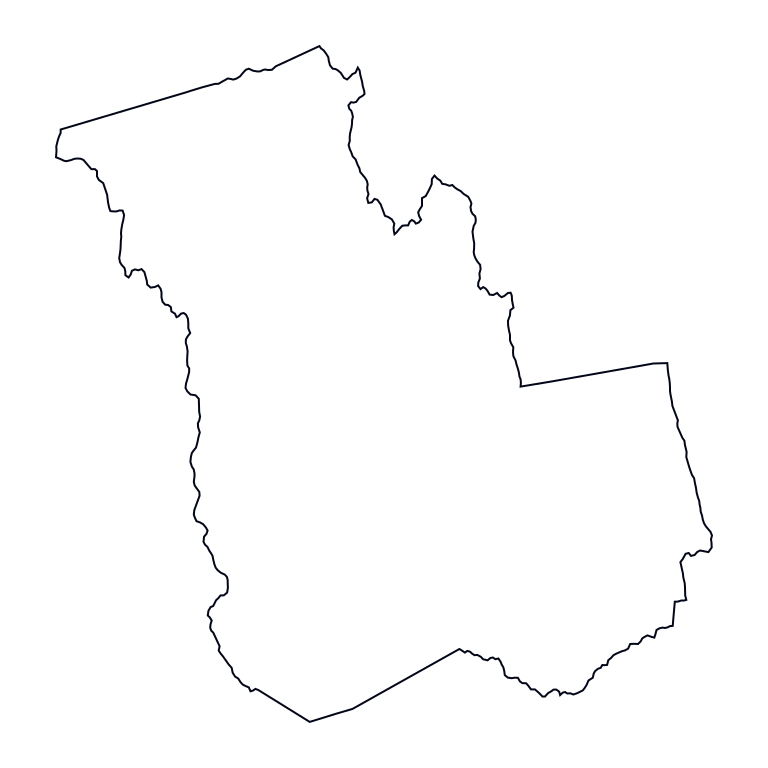 Oliveira dos Brejinhos, Bahia, Brazil (Equal Earth projection)
{"feature_id": "56859067B61513523876445", "entity_name": "Oliveira dos Brejinhos", "entity_type": "district", "adm_level": 2, "iso_a3": "BRA", "parent_name": "Brazil", "parent_adm1": "Bahia", "projection": "equal_earth", "projection_center": [-42.732, -12.256], "detail": "fine", "context": "isolated", "style": "outline", "palette": "ink", "viewbox_px": 768, "rotation_deg": 0, "n_neighbors": 0, "source": "geoboundaries", "source_scale": "gbopen_adm2", "svg_char_len": 6035}
<svg xmlns="http://www.w3.org/2000/svg" viewBox="0 0 768 768"><path d="M459.4,649.0L462.0,650.6L464.9,652.6L467.3,650.9L470.0,651.7L472.2,653.7L474.5,655.2L477.3,654.9L480.8,656.8L483.2,659.3L487.6,660.3L490.4,658.0L492.8,657.5L495.4,659.2L498.4,658.5L500.6,661.8L501.7,664.6L503.3,667.2L504.2,670.8L504.8,675.1L507.8,677.6L511.7,678.2L514.6,677.7L517.9,677.8L519.8,681.2L522.2,683.1L526.2,683.3L528.5,686.0L531.0,689.4L534.9,689.4L537.7,691.8L540.1,694.0L542.4,696.5L545.0,696.5L548.2,693.0L551.3,691.3L553.5,689.6L556.4,689.6L559.2,691.7L560.1,695.1L562.7,692.7L565.0,692.0L567.3,693.5L570.3,693.3L573.3,694.5L577.2,693.2L582.8,690.4L584.6,688.1L586.5,685.1L588.5,680.5L592.8,677.7L593.7,673.6L595.1,671.1L597.8,668.9L600.8,667.7L602.3,665.0L604.7,665.2L607.1,664.9L608.3,660.2L611.1,657.9L613.5,655.2L616.2,653.7L622.0,651.2L624.7,650.5L628.1,648.7L630.2,644.0L633.8,643.8L638.0,644.0L640.5,641.6L642.3,638.4L644.5,636.9L647.5,635.4L651.7,636.9L654.3,637.6L655.5,634.0L656.5,630.0L659.5,628.3L662.6,627.6L664.9,628.0L667.8,627.3L669.9,626.1L672.7,625.9L674.8,601.7L677.9,601.6L681.3,600.5L684.1,600.5L686.3,599.9L685.2,595.5L685.0,587.1L684.7,583.2L683.3,577.3L682.9,573.4L680.4,562.1L682.7,559.1L685.6,553.8L688.7,553.0L691.0,555.9L694.6,555.0L697.2,552.0L700.1,550.5L708.4,552.1L711.7,547.5L711.5,542.8L711.0,539.3L712.0,535.5L710.5,531.8L705.9,526.4L704.0,523.2L702.8,519.6L702.0,515.4L700.7,511.7L700.4,508.0L699.6,504.5L699.2,500.9L697.9,497.3L696.7,492.9L696.0,488.0L694.9,482.9L694.1,478.2L692.0,475.0L690.5,470.9L689.0,466.4L686.3,457.1L686.6,451.9L684.9,444.7L684.4,440.7L682.4,437.9L677.5,426.8L677.3,423.5L677.9,420.4L672.4,405.9L671.9,401.5L670.4,394.0L670.0,390.9L670.0,387.2L669.7,382.4L669.2,378.6L668.5,375.3L667.8,369.6L667.3,363.1L653.4,363.5L552.6,381.3L520.6,386.6L520.9,382.8L520.6,379.3L519.5,376.7L518.9,372.6L517.9,368.7L516.4,364.1L515.6,360.6L513.4,356.2L513.0,352.2L513.3,347.2L511.1,343.4L510.0,340.4L510.0,335.0L508.9,330.0L508.1,325.2L508.0,320.7L509.9,315.6L510.4,310.2L513.5,307.7L512.8,304.4L512.0,300.1L511.8,295.7L510.6,292.7L507.9,293.0L504.4,295.9L501.6,297.2L499.5,295.7L497.1,293.0L493.3,295.0L489.6,294.6L487.6,291.0L485.6,288.5L483.2,287.1L480.5,289.1L478.1,286.0L478.3,282.6L479.9,278.5L479.4,273.5L480.6,269.1L480.1,264.8L477.7,262.0L475.7,258.8L474.3,255.4L473.7,252.2L474.1,248.3L474.2,243.3L473.3,238.2L472.5,231.7L473.7,225.9L475.5,222.7L475.8,219.4L475.1,216.2L472.5,213.8L471.1,211.1L470.5,207.2L471.4,203.5L470.4,200.8L468.2,196.8L463.6,193.9L460.7,191.1L457.2,189.2L454.6,187.3L452.3,185.0L449.4,185.8L445.7,184.4L442.2,183.8L440.3,180.6L437.4,178.7L434.5,175.6L431.9,179.0L431.7,184.1L430.1,187.7L428.2,191.6L425.7,196.1L422.0,198.1L422.0,205.9L419.7,209.4L418.2,212.3L419.1,216.0L421.1,219.8L418.7,222.5L415.9,223.6L414.1,221.2L411.8,220.0L409.8,221.6L408.1,225.4L405.5,225.4L402.3,225.7L399.1,229.2L396.4,232.6L394.5,234.2L393.8,230.7L393.6,227.3L394.3,223.6L391.9,219.4L388.2,217.0L384.9,215.8L383.5,211.9L380.7,204.4L377.4,199.8L374.5,198.9L371.8,202.4L368.3,202.9L367.1,198.2L368.5,194.1L367.4,190.5L367.2,187.4L367.7,184.4L366.9,180.9L365.1,177.9L360.2,172.0L359.4,168.3L357.6,164.8L355.6,159.4L352.7,156.4L351.2,152.2L349.8,149.2L348.6,145.0L349.8,140.9L349.7,137.3L350.0,133.7L351.5,127.5L352.0,123.9L352.1,120.1L352.9,116.9L352.2,113.5L351.2,110.7L349.3,108.8L348.4,105.4L351.0,102.2L353.6,102.6L356.2,101.9L359.3,97.7L362.5,95.9L364.5,94.0L364.2,90.9L362.8,86.2L362.1,81.8L360.3,74.9L359.6,70.5L357.8,67.6L355.5,72.7L352.4,74.1L349.9,76.9L347.1,79.5L344.0,77.9L340.8,72.9L337.6,70.2L335.4,69.0L332.7,68.7L330.0,65.3L328.8,60.9L328.3,57.2L326.0,53.5L323.7,50.4L321.0,48.4L319.4,46.1L275.8,66.3L271.9,69.8L267.9,70.0L265.1,69.5L262.8,70.0L260.5,71.3L257.6,71.5L253.0,70.7L248.8,68.7L245.8,69.8L243.1,72.7L240.0,76.4L236.5,78.6L233.1,79.6L230.5,78.9L227.7,78.5L224.8,80.2L222.2,81.6L218.5,83.8L214.9,83.9L202.6,87.2L191.4,90.6L186.2,92.3L60.7,129.5L60.6,133.1L59.1,136.3L58.0,139.5L56.3,146.3L56.5,151.1L56.0,157.3L60.4,159.0L64.1,160.8L66.5,161.2L71.3,160.0L74.1,158.9L77.1,158.5L80.5,158.7L83.4,159.9L91.3,169.1L94.9,169.1L97.0,171.0L97.0,176.4L98.8,179.9L103.2,183.1L107.1,194.7L108.1,202.8L109.2,207.9L110.4,211.1L113.4,211.4L116.7,211.4L119.6,210.4L122.6,210.6L124.1,215.0L123.3,220.0L122.2,224.4L121.3,229.7L121.0,233.5L121.3,236.7L120.9,240.3L120.5,249.1L119.9,253.8L119.2,258.1L120.0,262.2L121.6,264.8L124.5,268.0L125.3,271.3L125.4,275.2L128.6,277.5L130.8,274.3L131.9,270.8L134.9,269.4L138.4,270.3L141.5,269.1L144.4,272.1L146.8,280.9L147.2,284.5L150.7,287.6L154.8,287.0L158.2,285.4L160.6,288.8L161.5,292.1L161.5,297.4L162.6,301.8L165.2,304.7L168.1,305.0L170.8,307.0L171.4,311.4L175.0,313.7L176.5,317.2L178.6,316.2L180.9,313.7L183.7,313.0L186.1,314.8L187.9,318.7L188.3,323.1L188.3,328.3L190.2,333.1L187.4,336.7L185.9,339.4L185.8,343.0L186.9,346.6L187.6,351.4L187.3,356.0L187.1,360.3L187.4,365.6L189.2,368.5L189.1,372.2L187.5,378.5L186.0,383.7L185.5,387.9L187.3,391.4L190.5,394.5L195.6,395.3L198.8,398.8L199.2,412.0L200.1,416.6L199.3,420.3L197.9,423.3L198.1,427.3L199.8,432.4L198.5,437.1L197.4,442.5L196.0,447.6L193.7,450.4L191.8,453.1L190.9,457.0L190.4,462.0L191.9,466.6L193.7,469.4L194.5,473.2L194.5,476.4L193.8,481.9L194.7,485.5L196.5,488.1L199.3,491.9L199.6,495.7L194.3,510.1L193.8,514.7L194.8,517.5L196.5,521.2L200.0,522.4L203.1,524.2L205.9,527.5L207.6,530.6L206.4,534.0L204.1,536.6L203.5,541.7L205.0,544.7L207.4,546.8L209.3,550.7L211.2,553.5L212.6,556.0L213.3,559.9L214.4,564.3L215.7,567.7L217.6,570.1L220.7,572.7L224.8,574.6L226.9,576.9L227.7,580.1L227.7,583.3L227.9,587.9L227.1,592.6L223.9,595.3L220.4,595.5L218.4,598.1L216.1,600.2L213.2,606.0L210.6,607.1L208.4,610.9L207.8,615.5L209.8,617.4L211.7,620.5L210.5,624.5L210.2,627.7L211.2,630.6L213.3,632.7L219.6,646.3L218.7,650.6L220.7,653.6L223.0,656.4L228.5,664.2L231.7,667.9L232.7,672.8L235.1,676.6L238.2,678.5L240.5,682.1L242.5,684.4L245.1,685.8L248.8,687.4L250.5,691.3L253.1,690.5L255.4,688.9L258.3,690.0L309.7,721.9L335.9,713.8L352.5,708.9L459.4,649.0Z" fill="none" stroke="#020617" stroke-width="2"/></svg>